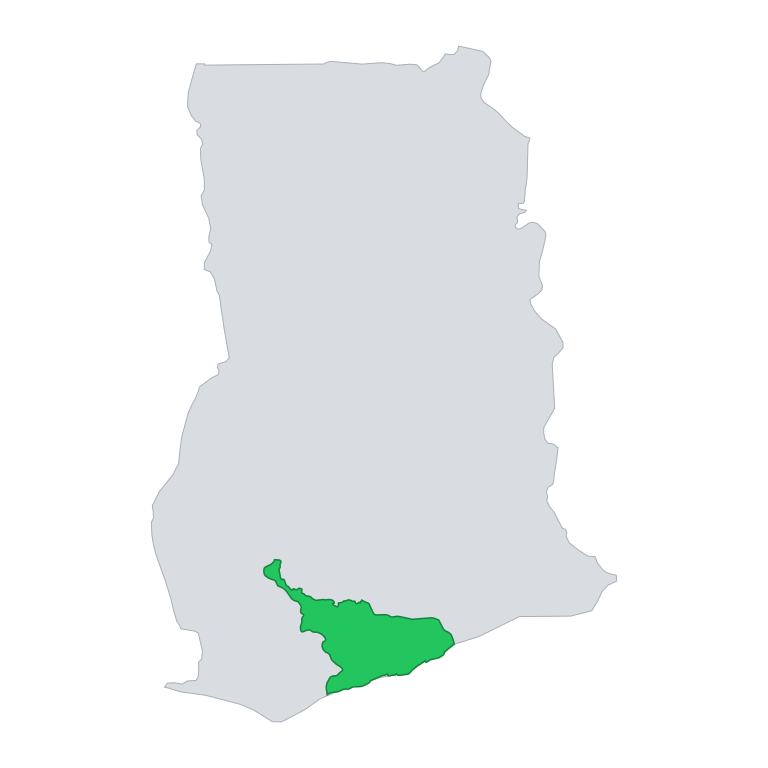 Central highlighted on a map of Ghana
{"feature_id": "GHA-2160", "entity_name": "Central", "entity_type": "Region", "adm_level": 1, "iso_a3": "GHA", "parent_name": "Ghana", "parent_adm1": "", "projection": "orthographic", "projection_center": [-1.513, 5.658], "detail": "fine", "context": "in_parent", "style": "filled", "palette": "green", "viewbox_px": 768, "rotation_deg": 0, "n_neighbors": 0, "source": "natural_earth", "source_scale": "10m", "svg_char_len": 7370}
<svg xmlns="http://www.w3.org/2000/svg" viewBox="0 0 768 768"><path d="M482.7,51.4L489.4,57.7L490.9,61.3L488.5,75.0L483.7,84.6L480.7,93.5L481.1,98.0L484.1,102.4L494.2,109.4L499.4,114.0L505.6,120.9L512.7,127.6L524.8,136.4L529.9,138.0L529.6,140.4L528.0,143.8L527.1,176.6L526.2,185.1L525.3,189.4L524.3,201.7L523.0,203.4L520.7,203.3L518.6,203.7L518.1,206.2L519.0,208.7L526.3,210.4L524.7,212.3L519.3,214.0L516.8,217.7L517.9,221.9L515.0,225.3L515.8,227.6L517.8,229.2L520.8,228.6L529.3,222.9L532.9,222.3L537.3,223.5L545.5,232.1L545.8,236.3L542.6,250.8L539.4,261.9L538.9,276.8L542.4,285.2L542.0,289.8L538.3,293.7L529.9,299.5L530.5,303.4L534.4,310.7L541.5,318.9L555.5,328.9L562.9,342.1L563.1,347.4L558.8,352.8L553.8,357.4L552.2,364.2L554.7,408.3L543.8,427.4L543.7,432.9L544.9,439.2L547.8,443.1L553.4,444.1L558.0,447.8L556.5,461.2L554.1,475.0L553.7,481.6L552.4,484.7L548.1,487.3L546.5,491.6L547.6,497.0L546.8,500.9L549.2,506.0L554.2,512.4L562.4,528.2L565.5,529.4L566.9,532.7L566.0,536.0L569.2,542.9L578.2,549.9L587.6,556.0L595.2,556.8L597.1,562.3L602.1,569.2L605.8,572.2L611.6,574.2L616.3,575.2L616.6,581.1L608.0,585.2L602.3,591.2L597.9,600.5L591.8,610.7L570.7,616.1L562.6,616.2L519.3,616.6L478.8,636.6L455.5,643.8L441.1,655.1L421.8,663.1L408.3,672.8L380.2,677.5L334.2,692.8L319.8,698.9L305.2,709.5L281.6,721.9L272.3,721.7L253.7,710.1L239.8,704.2L205.7,695.3L180.2,691.8L167.9,687.9L164.6,687.2L167.4,683.1L174.6,682.8L182.0,684.1L187.6,680.9L196.0,680.5L198.1,677.2L198.8,668.8L198.7,662.0L201.7,659.0L202.4,651.0L198.4,633.3L195.5,631.3L180.7,628.7L179.6,625.2L176.9,621.5L174.1,612.4L170.9,598.8L165.7,581.9L155.8,554.2L153.4,544.3L151.8,534.3L151.4,522.4L153.5,518.0L153.2,511.8L152.3,505.7L159.4,491.5L173.2,474.3L176.1,468.1L178.7,463.7L179.1,457.5L181.6,437.4L188.2,413.0L192.4,403.9L195.2,398.9L198.5,390.8L199.4,387.0L212.1,377.5L217.9,374.9L219.2,371.2L217.3,367.1L218.1,364.3L221.2,362.9L225.8,361.8L229.2,357.8L224.0,327.8L219.7,297.9L219.5,295.4L217.0,291.3L214.5,278.9L210.2,271.7L204.3,269.6L204.3,262.8L210.4,251.3L212.0,244.5L209.1,242.5L208.7,237.3L210.8,228.8L209.8,223.6L208.7,218.0L202.5,204.9L201.1,195.7L204.3,190.3L204.2,178.4L200.9,160.1L200.4,148.6L202.7,143.8L201.6,139.2L197.2,134.9L196.8,130.7L200.7,126.6L200.2,123.3L195.5,121.0L191.2,115.4L187.5,106.5L188.3,92.2L195.6,66.0L196.5,63.8L204.5,63.9L204.6,65.1L229.7,64.9L258.5,64.6L292.8,64.3L324.0,64.0L325.4,62.8L330.6,61.4L362.1,64.1L381.8,62.7L390.2,63.6L396.3,65.3L409.9,64.2L417.2,64.9L422.7,71.4L424.9,71.3L428.0,68.6L433.4,65.4L438.9,62.9L442.9,57.7L445.3,53.9L448.9,54.6L454.0,54.4L457.5,51.1L458.8,46.1L482.7,51.4Z" fill="#d9dde1" stroke="#a8b0b8" stroke-width="1"/><path d="M454.3,644.0L453.1,644.7L445.3,651.2L444.5,652.4L444.0,654.0L442.6,655.5L438.8,657.8L431.4,659.6L430.2,659.6L429.4,660.4L427.7,661.7L426.0,662.3L425.1,660.8L419.6,664.6L418.3,665.1L412.2,670.2L409.7,673.1L408.1,674.1L400.3,675.3L397.9,675.2L396.3,673.8L395.6,674.7L394.6,675.0L392.0,675.2L389.5,675.9L388.2,675.8L387.7,674.9L387.3,673.9L386.5,674.2L385.2,675.2L383.4,675.4L381.8,675.8L370.8,680.6L369.7,682.1L368.7,683.0L366.6,684.3L362.4,686.2L360.3,686.6L353.4,686.9L352.3,687.2L349.8,688.6L348.7,689.1L347.6,689.2L345.5,689.0L344.4,689.1L342.4,689.7L338.6,691.6L331.3,692.6L328.9,693.5L327.2,694.8L326.2,687.9L326.3,686.8L326.7,684.2L327.0,683.1L327.5,682.0L329.6,678.1L330.2,677.3L330.6,677.0L331.1,676.7L331.5,676.5L332.0,676.3L333.0,676.0L333.6,675.9L335.0,675.9L335.6,675.9L336.2,675.7L336.6,675.6L337.1,675.3L337.5,675.0L337.9,674.7L339.2,673.1L342.3,670.6L342.6,670.2L342.7,669.7L342.4,668.9L341.3,667.6L340.6,667.0L336.3,664.2L332.9,661.1L331.6,659.6L331.2,658.9L330.9,658.1L330.1,655.8L329.7,655.0L329.3,654.4L328.4,653.6L327.8,653.1L327.1,652.8L326.0,652.4L325.2,651.7L324.8,651.4L323.1,649.3L322.4,647.5L322.1,646.2L322.1,645.6L322.1,645.0L322.3,643.8L322.7,642.6L322.9,642.2L323.2,641.8L323.7,641.5L324.2,641.4L324.6,641.1L325.0,640.7L325.5,639.9L325.6,639.5L325.6,639.0L325.4,638.5L324.4,636.9L323.1,635.5L321.7,634.3L319.8,633.2L318.8,632.8L317.7,632.4L316.4,632.2L313.9,632.1L313.3,632.0L312.7,631.8L312.2,631.6L311.0,630.6L310.5,630.3L310.0,630.1L309.3,630.0L308.7,630.0L307.5,630.1L306.4,630.4L302.9,631.8L302.3,631.9L301.8,631.8L301.2,631.3L300.8,630.4L300.5,628.2L300.4,627.1L300.5,626.2L301.2,624.5L301.8,622.2L301.9,621.0L301.8,618.9L301.9,618.3L302.1,617.8L302.3,617.3L302.7,616.9L303.4,616.2L303.7,615.8L303.7,615.2L303.5,614.6L302.7,614.0L301.4,613.4L301.0,612.9L300.7,612.3L300.6,611.1L300.8,609.5L301.2,607.6L301.2,607.0L301.0,606.1L300.5,605.0L299.0,603.0L298.3,602.1L297.6,601.5L297.1,601.3L294.6,600.7L294.1,600.5L293.6,600.2L291.7,598.7L291.3,598.4L291.1,598.0L286.3,591.1L284.3,589.1L283.9,588.8L283.5,588.5L281.9,587.6L278.6,586.2L278.1,586.0L277.8,585.7L277.4,585.2L276.2,582.4L275.9,581.7L274.9,580.6L274.0,580.0L271.8,579.3L271.3,579.2L270.4,578.9L268.7,578.1L265.6,576.0L265.2,575.6L264.4,574.3L264.1,573.4L264.0,572.7L263.8,571.4L263.9,570.1L264.1,568.8L264.2,568.2L264.8,567.6L265.6,567.0L267.4,566.0L270.2,564.8L271.5,563.9L273.2,562.3L274.0,561.3L274.5,559.7L279.4,560.0L280.6,560.7L280.8,561.5L280.9,561.9L280.9,562.5L280.7,563.0L280.2,564.0L280.1,564.6L280.0,565.2L280.2,566.8L280.1,567.4L279.9,567.9L279.5,568.2L279.2,568.8L279.0,569.4L280.5,577.6L281.0,578.9L281.5,579.5L281.9,579.5L282.7,579.2L283.2,579.2L283.9,579.4L284.4,580.3L285.9,584.5L286.6,585.6L287.2,586.2L287.7,586.2L288.1,586.3L288.5,586.7L290.2,588.9L291.1,589.7L291.8,589.9L292.3,589.9L292.6,589.5L292.9,589.1L293.3,588.8L294.0,588.8L295.3,589.5L296.2,589.6L296.9,589.6L297.4,589.4L297.8,589.2L298.4,588.5L298.8,588.4L299.3,588.3L300.4,588.4L301.8,589.0L302.0,589.5L302.0,590.0L301.9,590.5L301.7,591.1L301.7,591.5L301.7,592.0L301.9,592.8L302.4,593.2L304.6,594.3L305.0,594.7L305.3,595.4L305.7,595.7L307.2,596.0L308.3,596.0L311.2,597.2L311.7,597.7L312.2,598.5L312.9,599.0L313.8,599.3L315.4,600.1L316.3,600.4L317.0,600.3L317.5,600.1L318.3,600.1L319.4,599.9L321.8,599.7L322.9,599.5L324.2,599.6L325.1,599.9L325.7,599.9L326.6,599.6L327.8,599.6L328.3,599.6L328.9,599.5L329.4,599.4L330.4,599.7L332.1,600.0L332.7,600.4L333.6,601.2L334.0,601.8L334.2,602.4L334.3,602.9L334.1,603.2L333.6,603.3L333.1,603.4L332.7,603.6L332.8,604.2L333.2,604.8L334.8,605.8L335.8,606.3L336.7,606.6L337.2,606.7L337.7,606.5L338.0,606.1L338.6,604.6L338.5,604.1L338.4,603.7L338.3,603.3L338.5,602.9L339.5,602.7L340.7,602.7L341.2,602.6L341.6,602.4L342.5,602.3L342.8,602.0L343.1,601.5L343.5,601.1L345.5,600.8L346.1,600.7L346.6,600.6L347.1,600.4L347.5,600.1L348.1,599.9L348.9,599.9L351.3,600.5L352.0,601.1L352.6,601.3L353.2,601.3L353.8,601.2L354.5,601.1L354.9,601.3L355.1,601.8L355.3,602.4L355.5,602.9L355.8,603.5L356.2,603.6L356.8,603.6L357.3,603.4L357.8,603.2L358.7,602.5L359.2,602.4L359.6,602.6L359.9,602.9L360.2,603.0L360.3,602.6L360.4,602.1L360.6,601.6L361.3,601.1L361.5,600.9L361.6,600.7L361.8,600.1L365.2,602.0L368.3,603.1L368.8,603.6L369.1,604.0L372.4,611.2L373.9,613.8L374.5,614.4L374.7,614.6L375.4,614.8L376.3,614.9L385.4,614.7L386.2,614.8L387.1,615.0L388.7,615.5L389.5,616.0L390.5,616.7L391.2,617.0L392.2,617.0L394.8,616.7L396.1,616.4L397.3,616.3L399.3,616.5L409.5,618.7L410.1,618.9L411.3,619.2L413.5,619.2L431.3,617.8L434.1,618.2L438.8,620.1L442.7,627.8L444.3,630.1L445.2,630.8L446.2,631.3L446.8,631.5L448.5,632.4L449.9,633.4L450.6,634.1L451.1,634.7L452.7,638.4L454.3,644.0Z" fill="#22c55e" stroke="#15803d" stroke-width="1.5"/></svg>